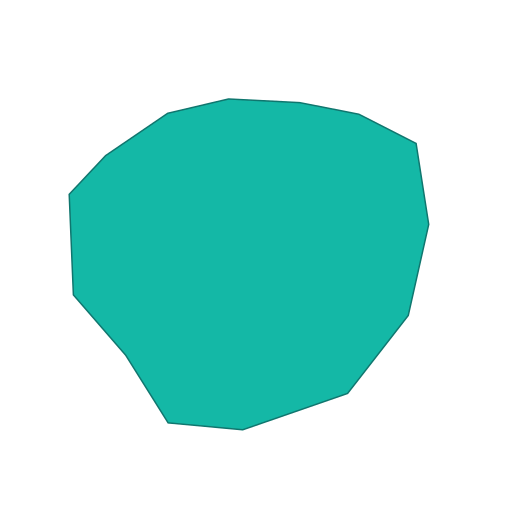 the district of Ariwara, Orientale, Democratic Republic of the Congo, rotated 253°
{"feature_id": "63176286B55306571020797", "entity_name": "Ariwara", "entity_type": "district", "adm_level": 2, "iso_a3": "COD", "parent_name": "Democratic Republic of the Congo", "parent_adm1": "Orientale", "projection": "robinson", "projection_center": [30.708, 3.137], "detail": "fine", "context": "isolated", "style": "filled", "palette": "teal", "viewbox_px": 512, "rotation_deg": 253, "n_neighbors": 0, "source": "geoboundaries", "source_scale": "gbopen_adm2", "svg_char_len": 347}
<svg xmlns="http://www.w3.org/2000/svg" viewBox="0 0 512 512"><g transform="rotate(253 256 256)"><path d="M199.2,102.4L122.1,123.2L93.7,192.5L97.8,303.4L154.6,384.2L235.7,430.4L316.8,442.0L361.5,395.8L389.9,342.6L414.2,275.6L418.3,213.3L396.0,141.6L369.6,95.4L272.2,70.0L199.2,102.4Z" fill="#14b8a6" stroke="#0f766e" stroke-width="1.5"/></g></svg>